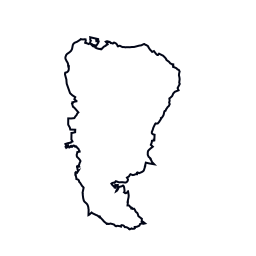 outline of Panet, Mures, Romania, rotated 164°
{"feature_id": "2599482B21044772325491", "entity_name": "Panet", "entity_type": "district", "adm_level": 2, "iso_a3": "ROU", "parent_name": "Romania", "parent_adm1": "Mures", "projection": "mercator", "projection_center": [24.446, 46.561], "detail": "fine", "context": "isolated", "style": "outline", "palette": "ink", "viewbox_px": 256, "rotation_deg": 164, "n_neighbors": 0, "source": "geoboundaries", "source_scale": "gbopen_adm2", "svg_char_len": 5820}
<svg xmlns="http://www.w3.org/2000/svg" viewBox="0 0 256 256"><g transform="rotate(164 128 128)"><path d="M148.8,226.5L150.0,225.9L153.3,224.9L155.5,224.7L156.4,224.4L157.3,223.9L158.2,222.9L160.0,219.4L161.4,217.9L163.4,216.9L166.1,216.0L167.2,215.3L168.6,213.4L168.9,212.5L169.0,211.7L168.6,209.3L168.2,208.0L168.0,206.9L168.0,205.8L168.4,204.4L167.8,204.1L167.9,203.4L168.4,203.0L168.5,202.7L168.3,202.1L168.6,201.3L169.0,200.2L169.7,199.3L170.8,198.6L171.7,198.4L172.9,198.5L173.2,198.0L173.4,198.0L173.8,196.8L173.9,191.3L174.2,190.2L174.7,187.4L174.1,177.5L173.6,176.6L172.5,174.8L170.2,172.2L171.6,170.5L170.2,168.3L170.4,168.2L170.4,167.9L171.5,168.0L174.3,168.0L174.2,167.3L175.1,167.0L175.0,163.5L174.5,163.1L173.6,161.5L171.4,156.7L172.8,155.9L173.9,154.6L175.6,153.5L176.6,152.5L177.0,152.3L179.9,152.8L182.8,153.7L184.5,148.0L184.5,147.3L183.8,144.5L183.9,142.4L179.2,140.9L180.0,138.5L182.8,138.6L183.7,138.8L185.6,132.5L185.2,131.2L185.1,130.3L187.1,130.0L187.2,129.7L189.9,130.0L192.6,129.9L192.6,129.3L192.0,127.6L193.2,127.1L192.9,126.0L192.1,126.4L191.7,126.2L191.2,126.5L190.6,127.0L190.8,127.8L190.3,127.9L189.8,125.5L188.3,125.8L187.8,126.5L187.6,126.5L187.1,125.3L186.8,125.3L185.8,126.1L184.9,126.1L184.5,125.3L184.0,125.3L183.8,124.5L182.8,124.5L182.2,122.9L181.4,121.7L181.2,120.0L180.9,119.2L181.0,118.6L183.4,118.8L183.9,117.6L184.6,116.6L184.8,116.1L185.0,114.5L183.5,111.7L182.8,109.7L182.9,109.1L184.3,107.5L184.8,106.6L185.5,105.9L185.5,104.3L186.2,104.4L187.2,105.3L187.6,105.2L187.8,104.6L187.7,103.1L187.9,102.5L187.9,100.6L187.4,100.7L189.3,99.0L190.2,100.0L190.9,99.6L191.6,97.3L191.4,96.9L191.2,97.1L191.4,96.0L191.4,94.4L191.7,93.2L190.4,92.3L189.9,91.7L189.7,91.1L189.7,90.5L189.8,89.7L189.2,88.8L188.1,84.9L187.3,83.5L187.1,82.9L189.6,78.1L189.5,77.5L189.9,76.3L190.4,73.0L190.5,70.3L190.1,69.1L188.6,66.7L188.2,65.7L188.0,64.4L188.0,62.8L188.3,61.2L188.3,60.5L190.0,55.2L189.1,55.4L186.3,56.8L185.8,56.0L182.6,53.1L181.5,52.3L180.4,50.6L180.2,51.1L179.5,50.9L179.4,50.6L179.5,50.2L179.4,49.9L177.3,45.9L177.1,45.1L176.8,44.8L176.4,44.0L175.7,43.2L175.1,42.2L174.2,41.8L174.4,41.5L172.8,41.0L171.2,41.0L169.9,40.2L169.3,39.9L167.8,38.8L167.6,38.0L166.9,37.1L166.5,36.8L165.5,37.0L164.2,36.5L162.6,35.7L162.0,35.2L161.7,35.9L161.1,36.4L159.9,35.9L159.2,35.4L158.9,35.0L158.4,33.6L157.4,33.3L156.6,32.9L155.0,31.3L154.7,30.9L154.8,30.5L154.3,30.1L152.3,30.5L151.9,30.0L149.9,29.5L149.0,29.8L148.8,31.0L146.9,30.6L144.4,30.9L143.9,31.1L142.8,32.4L141.6,32.5L140.6,32.2L139.8,31.7L137.9,31.6L139.3,33.6L140.0,34.2L140.6,34.2L140.7,34.3L140.2,35.0L140.1,36.0L139.7,36.9L142.3,40.4L142.3,42.5L142.5,43.8L143.5,45.1L143.8,45.9L143.8,46.8L144.2,48.2L144.5,48.8L145.8,48.9L147.0,49.7L146.4,50.4L147.5,51.4L147.8,51.8L148.1,52.9L148.5,53.3L149.8,53.7L148.5,56.8L148.8,57.0L146.5,61.4L145.9,63.0L145.4,67.1L145.7,67.1L146.1,66.4L148.1,65.9L148.7,66.2L149.5,67.3L149.0,67.6L148.5,69.1L148.1,71.9L148.1,73.0L148.3,73.6L148.5,74.0L148.8,74.1L149.9,73.7L152.8,73.8L153.2,73.6L154.9,71.6L156.1,70.7L156.8,70.5L156.3,71.2L156.1,71.3L155.5,71.7L155.1,72.3L154.5,74.1L153.6,75.7L153.5,76.0L154.3,76.3L154.6,76.2L155.4,76.3L155.7,76.5L155.9,76.8L156.1,76.3L156.2,75.4L156.5,75.5L156.9,74.2L157.3,74.4L157.3,75.0L158.3,76.7L158.9,77.8L159.3,79.1L158.2,79.5L156.8,79.4L155.1,79.5L154.5,80.2L153.8,79.9L152.2,78.6L151.5,78.2L148.4,77.5L145.7,76.3L145.1,76.2L144.0,76.5L143.1,77.1L142.3,78.2L142.2,78.5L142.3,79.2L142.7,80.6L140.4,81.2L139.5,82.1L138.4,82.9L136.5,81.5L136.1,81.4L135.0,81.3L133.5,81.5L132.1,81.1L131.8,82.5L131.2,82.7L130.9,82.6L130.6,82.1L129.8,81.5L126.7,81.9L125.1,82.4L124.4,83.0L122.1,86.4L122.3,86.5L120.4,89.8L117.4,88.1L112.8,85.9L114.3,88.7L114.5,90.3L115.0,92.0L114.7,92.1L114.9,92.8L116.1,94.6L116.4,96.8L115.6,99.4L114.9,100.5L113.8,101.2L112.0,102.1L109.3,103.2L110.7,105.5L109.3,107.3L108.5,109.1L106.7,108.8L106.5,109.5L106.0,109.2L104.3,114.2L105.5,114.9L106.2,115.7L106.5,116.5L106.2,117.6L104.7,119.5L103.5,121.4L100.8,124.4L100.2,124.8L99.2,124.3L98.1,124.2L96.4,125.3L95.9,125.7L95.7,126.0L94.1,127.3L93.8,127.7L93.6,128.5L93.3,128.6L92.8,128.5L92.4,128.7L90.6,130.3L90.0,131.1L88.6,133.7L88.1,134.2L87.2,134.2L86.1,135.6L85.6,135.9L84.0,137.3L82.9,137.7L81.3,139.5L81.4,140.2L81.4,141.3L80.5,142.6L80.1,145.0L79.0,145.4L77.0,146.4L76.5,146.8L75.0,148.7L73.0,149.9L69.0,150.3L69.3,152.7L66.1,156.1L66.3,157.4L64.9,160.7L64.6,162.6L64.5,164.7L63.8,166.4L62.8,168.1L63.2,169.9L64.3,170.7L64.8,171.8L65.4,172.5L67.0,173.8L67.8,174.2L67.8,174.5L67.3,175.1L67.0,176.5L67.5,176.5L67.4,176.9L68.2,177.3L69.5,178.4L70.3,180.3L72.2,182.7L72.4,183.3L72.3,183.7L72.8,185.1L74.3,187.8L77.7,190.9L79.1,189.9L79.7,190.1L80.6,191.5L81.9,194.8L83.8,194.5L84.4,195.8L85.2,197.2L86.1,200.0L86.1,200.7L86.3,201.3L87.7,202.8L88.4,203.2L89.1,204.2L89.7,204.3L92.5,203.8L94.6,204.1L99.7,204.2L102.0,204.8L103.9,205.1L107.5,206.2L108.1,206.2L109.5,206.9L111.0,207.3L113.2,209.3L114.1,209.4L115.1,209.2L115.4,209.7L115.5,210.9L115.9,212.0L116.3,212.6L117.2,213.5L117.9,214.0L118.4,213.9L118.7,213.6L119.1,213.4L119.6,213.5L120.4,214.2L121.2,214.4L121.3,215.0L121.5,215.1L121.9,215.9L123.2,216.0L123.5,216.3L123.6,216.9L124.1,216.8L124.6,217.2L125.6,217.1L124.7,215.0L124.5,214.0L126.7,213.5L126.8,213.2L128.9,212.8L131.9,211.0L132.4,211.2L132.3,211.6L133.3,211.7L134.6,212.3L136.1,213.3L137.2,214.3L137.2,214.6L136.9,214.9L139.2,216.3L140.5,218.7L139.9,218.8L139.2,218.2L139.1,217.8L138.8,217.5L135.6,216.0L133.2,218.1L132.4,219.2L134.5,220.1L134.2,221.8L132.3,221.3L132.2,221.7L139.3,225.6L139.4,224.8L139.9,223.6L139.9,223.0L139.7,222.2L140.0,222.1L140.5,221.0L141.0,220.3L142.6,219.5L144.3,220.8L144.4,221.1L145.0,221.2L145.7,221.7L144.9,222.9L144.4,223.9L144.5,224.6L144.4,224.9L145.3,225.3L146.0,225.3L148.2,226.0L148.8,226.5Z" fill="none" stroke="#020617" stroke-width="2"/></g></svg>